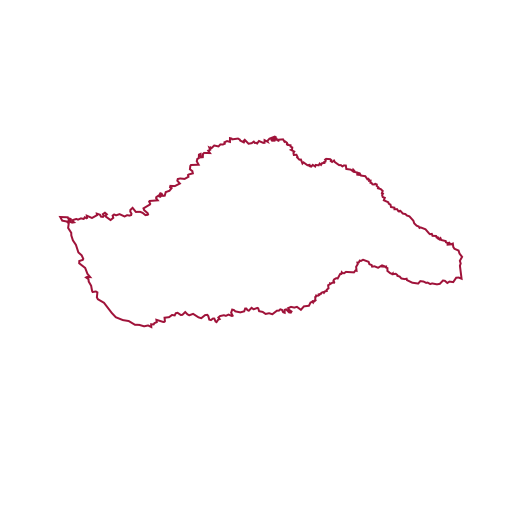 Querência, Mato Grosso, Brazil, rotated 301°
{"feature_id": "56859067B43920904563535", "entity_name": "Querência", "entity_type": "district", "adm_level": 2, "iso_a3": "BRA", "parent_name": "Brazil", "parent_adm1": "Mato Grosso", "projection": "natural_earth1", "projection_center": [-52.69, -12.226], "detail": "fine", "context": "isolated", "style": "outline", "palette": "rose", "viewbox_px": 512, "rotation_deg": 301, "n_neighbors": 0, "source": "geoboundaries", "source_scale": "gbopen_adm2", "svg_char_len": 6135}
<svg xmlns="http://www.w3.org/2000/svg" viewBox="0 0 512 512"><g transform="rotate(301 256 256)"><path d="M347.4,182.2L347.4,180.1L343.7,175.5L344.1,174.6L343.6,173.0L340.4,174.9L339.6,172.0L337.2,170.4L336.2,171.4L334.5,170.2L333.3,168.0L330.6,167.4L329.2,163.3L325.5,162.3L325.6,161.0L324.8,160.9L324.8,160.3L323.4,162.0L321.7,160.8L320.5,163.5L317.6,158.4L316.1,158.0L313.3,159.5L312.2,158.0L315.0,155.9L313.5,154.9L310.4,156.6L309.0,155.7L306.7,156.4L304.7,159.8L300.5,153.4L299.4,153.3L296.3,154.7L296.0,157.7L294.3,159.3L291.3,156.4L290.4,156.0L289.1,157.3L285.3,155.1L283.4,151.1L281.7,149.3L280.0,149.8L278.9,153.4L274.1,150.4L272.0,146.5L270.7,146.9L270.7,148.7L267.3,148.2L264.3,145.7L260.7,146.7L259.6,145.3L260.8,143.0L260.5,141.7L259.0,141.7L258.9,143.9L257.4,143.4L257.1,141.1L255.0,140.2L254.1,140.6L253.1,143.1L248.4,136.5L247.6,136.4L246.2,138.5L245.4,138.5L238.9,135.0L237.7,136.5L236.9,141.1L236.0,142.1L235.3,141.7L234.1,140.2L234.6,136.6L234.2,134.0L231.9,130.3L233.7,125.4L230.8,124.6L229.3,125.4L228.1,127.5L226.8,127.9L225.5,126.8L224.6,124.5L222.2,123.0L221.6,117.5L218.8,115.1L218.5,113.0L216.8,112.3L215.2,114.0L211.9,112.8L212.4,107.1L213.1,106.2L214.9,106.7L215.3,104.2L213.0,103.2L212.0,104.9L210.7,104.7L209.9,102.9L211.0,101.0L210.3,97.7L209.1,98.7L204.1,95.8L203.4,90.2L201.6,91.6L201.0,91.2L201.0,89.3L199.0,89.2L198.1,86.6L195.5,84.7L195.2,82.9L192.5,80.5L191.4,80.7L191.1,82.6L189.9,81.2L189.2,77.3L190.4,76.8L191.0,78.6L191.8,78.7L192.3,78.1L191.7,75.3L192.2,74.7L188.6,68.1L186.5,71.7L188.1,76.0L187.5,78.7L183.3,80.5L180.7,85.7L178.5,87.1L175.1,91.0L172.8,95.9L167.6,101.9L166.8,106.2L164.6,109.4L163.4,109.5L160.7,107.1L158.7,108.2L157.8,115.7L153.9,120.7L152.5,124.7L151.1,122.0L150.1,121.4L149.9,124.3L147.9,125.8L145.6,130.0L141.6,133.5L141.0,134.5L143.1,137.0L143.1,138.8L138.6,140.9L137.5,142.7L137.6,149.8L132.9,161.7L131.3,167.4L132.5,174.9L134.7,180.4L134.7,187.7L136.8,191.3L138.1,196.3L140.9,199.3L141.2,202.8L143.5,201.3L144.6,203.5L146.1,203.5L148.2,205.0L150.0,203.5L151.7,210.5L152.4,211.4L153.2,211.5L156.0,209.4L158.8,213.0L162.2,214.4L163.2,216.9L165.6,216.7L166.9,218.0L166.7,222.0L167.7,223.2L171.5,224.2L170.7,227.3L170.8,229.3L174.0,231.9L173.8,238.3L174.5,241.1L179.1,242.8L180.5,244.6L179.9,246.1L177.4,248.7L177.9,250.4L180.2,251.3L180.9,252.5L179.0,255.1L179.0,256.2L182.0,256.4L183.2,257.3L183.9,255.4L186.0,256.1L188.7,259.0L189.2,261.0L191.6,262.6L192.2,266.3L192.8,266.7L194.6,263.9L197.8,263.2L198.3,264.9L197.9,266.8L199.6,271.6L202.5,274.4L205.4,273.8L206.0,274.8L205.2,276.6L205.4,278.0L209.3,278.9L209.1,281.4L212.2,283.9L212.3,284.8L210.3,287.1L211.5,290.5L211.3,294.1L213.7,296.7L214.5,300.0L219.9,302.1L221.0,303.8L222.8,304.3L223.2,306.0L221.8,308.2L222.1,309.8L224.6,308.3L225.8,309.3L224.7,313.4L225.4,315.0L226.7,315.0L226.9,312.0L227.9,310.4L230.4,312.2L231.5,315.4L233.5,317.3L233.0,322.2L237.5,323.0L240.6,327.0L244.2,326.7L245.6,327.7L245.5,328.6L246.5,328.0L246.9,329.3L248.2,329.7L248.1,329.1L249.1,329.4L251.3,327.9L252.2,328.4L253.1,327.9L254.0,329.7L255.2,330.3L255.6,329.7L257.1,331.2L258.1,331.0L259.7,332.2L259.4,333.2L261.4,333.4L262.4,334.7L263.5,334.0L265.6,334.8L268.1,332.9L270.2,334.1L270.7,333.7L270.9,334.4L273.1,335.6L273.2,336.6L273.8,336.6L274.8,335.1L276.1,335.0L278.3,336.2L278.8,337.6L284.0,337.4L284.6,338.4L286.2,337.9L285.9,338.9L286.6,340.4L288.7,341.3L292.4,348.4L294.8,348.7L295.1,349.8L298.3,347.4L301.5,347.4L302.6,346.3L303.4,347.4L305.5,347.3L305.8,348.5L307.9,349.7L309.0,355.5L307.4,357.4L307.8,359.8L306.7,361.0L308.2,362.9L308.8,366.7L312.4,368.6L312.0,369.4L313.0,369.4L313.3,371.0L312.8,371.4L314.0,372.9L313.1,373.4L313.3,374.9L310.9,376.3L310.4,379.9L310.7,382.0L311.4,382.2L310.8,382.6L312.7,384.9L312.5,386.9L311.8,387.5L312.4,389.7L311.6,392.2L312.8,395.4L314.1,396.8L313.1,397.8L313.6,403.7L315.9,409.2L319.1,409.8L320.4,412.8L320.6,415.7L321.6,416.8L321.7,419.8L323.2,421.1L324.9,425.7L326.8,427.9L331.3,428.9L332.0,430.7L331.4,433.9L333.7,435.0L335.2,438.5L340.5,438.8L341.9,440.8L342.4,443.9L352.7,435.8L355.0,435.3L356.9,433.2L361.4,433.1L362.9,429.2L365.0,426.8L364.4,422.4L365.3,420.5L368.0,418.3L366.4,417.3L366.7,416.6L366.2,415.7L366.9,414.8L366.4,414.3L365.2,415.5L364.4,414.4L365.8,413.6L365.6,411.7L366.5,410.9L365.1,406.5L366.3,404.9L365.0,404.5L365.2,403.7L364.7,404.1L364.7,402.8L365.5,402.5L364.9,401.2L365.9,400.0L364.2,396.9L365.5,395.3L364.3,393.9L364.4,393.0L366.2,387.5L365.3,382.4L364.3,381.7L365.1,380.3L364.7,378.1L365.5,374.8L367.3,372.7L369.0,367.1L368.4,364.4L368.9,362.5L368.0,360.0L369.1,356.4L368.2,355.4L367.9,356.5L367.7,355.0L368.8,352.8L367.4,350.6L368.7,349.7L367.5,346.5L369.3,344.8L369.2,342.9L370.2,341.7L369.6,336.9L372.2,336.4L371.8,334.3L373.2,332.7L374.8,332.7L374.7,331.6L377.0,331.1L377.6,328.4L376.9,325.8L377.8,325.7L378.3,323.2L379.5,322.7L379.3,321.0L378.1,320.4L377.4,318.9L378.1,317.5L377.7,316.4L379.6,315.4L378.7,314.2L379.7,313.7L380.0,312.4L379.1,312.0L380.7,308.6L379.0,304.5L380.3,302.2L380.0,301.4L378.5,302.3L377.9,300.9L379.7,299.8L378.6,296.7L379.6,296.5L380.1,294.8L378.6,295.1L378.8,292.6L377.1,288.6L379.8,286.4L378.9,284.7L377.3,283.9L377.6,281.9L376.7,280.5L377.1,275.2L378.0,273.7L375.8,272.8L375.9,271.2L377.0,271.0L377.2,269.7L375.4,266.1L374.2,265.6L373.7,266.6L372.6,266.9L371.5,266.0L370.9,266.6L369.6,264.8L367.6,264.8L368.0,263.0L366.0,263.0L364.8,260.3L363.2,260.6L363.3,257.7L361.3,257.4L361.4,256.0L360.7,256.1L360.7,255.1L361.5,254.7L360.3,253.4L360.7,248.5L359.2,248.2L361.8,244.8L360.9,243.6L361.7,240.5L362.3,240.6L363.6,238.5L362.1,236.4L363.6,235.0L365.2,235.0L365.0,231.4L365.9,232.0L367.7,231.2L367.6,229.3L368.7,228.6L367.5,225.9L368.1,225.5L367.8,224.9L369.0,224.2L369.2,221.8L368.6,221.6L369.9,219.1L367.5,215.7L366.4,215.9L366.2,214.5L367.0,213.5L365.9,212.5L364.5,212.6L363.1,210.4L363.4,209.6L367.3,212.0L368.0,211.8L368.0,210.6L363.5,207.1L360.2,206.5L359.9,207.0L359.7,203.7L357.4,205.0L356.7,203.9L356.1,199.3L353.0,199.0L353.1,197.8L352.3,196.8L352.9,195.2L350.5,194.2L348.4,191.8L349.8,186.5L348.5,186.2L348.5,187.0L347.1,187.1L346.8,183.0L347.4,182.2Z" fill="none" stroke="#9f1239" stroke-width="2"/></g></svg>